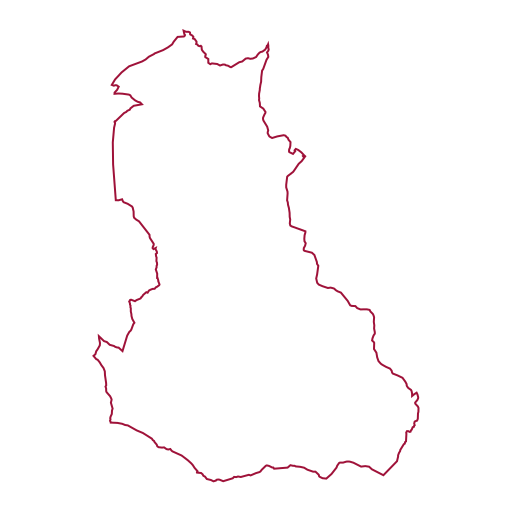 Tomesti, Timis, Romania
{"feature_id": "2599482B57417690654468", "entity_name": "Tomesti", "entity_type": "district", "adm_level": 2, "iso_a3": "ROU", "parent_name": "Romania", "parent_adm1": "Timis", "projection": "mercator", "projection_center": [22.341, 45.744], "detail": "fine", "context": "isolated", "style": "outline", "palette": "rose", "viewbox_px": 512, "rotation_deg": 0, "n_neighbors": 0, "source": "geoboundaries", "source_scale": "gbopen_adm2", "svg_char_len": 6004}
<svg xmlns="http://www.w3.org/2000/svg" viewBox="0 0 512 512"><path d="M397.0,461.2L398.1,456.6L398.1,455.3L399.0,452.9L400.1,451.1L400.3,449.9L403.8,444.2L404.8,443.6L405.0,442.2L406.0,441.4L406.4,433.9L406.2,432.7L406.9,431.2L408.1,431.1L409.6,431.9L410.5,431.7L411.0,430.3L411.7,429.7L412.7,427.2L413.9,426.8L414.1,425.8L414.7,425.2L414.2,423.6L414.6,421.8L415.1,421.3L417.1,420.6L417.8,418.8L418.0,413.3L418.4,411.9L418.5,408.0L417.9,406.5L415.4,403.8L415.2,403.3L415.2,402.5L417.3,400.1L418.1,398.4L418.2,397.2L417.4,394.3L416.6,392.7L414.3,394.2L412.1,396.0L412.1,393.6L411.6,391.1L411.0,389.9L408.3,388.0L407.1,386.4L406.7,385.5L406.6,384.1L405.4,381.8L402.5,377.8L397.5,375.4L392.9,373.6L392.1,372.6L391.6,370.6L390.0,368.6L386.1,366.9L382.2,364.7L380.8,363.7L378.5,361.1L377.2,357.4L376.4,352.7L374.0,349.0L374.2,342.9L373.8,342.1L372.1,340.5L372.5,338.3L373.6,335.4L374.8,333.7L374.8,332.1L374.1,328.6L374.3,325.3L373.8,321.9L374.1,317.3L373.5,315.3L372.8,313.9L370.4,311.5L369.6,309.9L366.7,309.3L360.4,309.4L357.2,308.1L355.4,306.1L351.6,305.9L350.2,305.3L347.7,300.9L340.9,292.6L337.6,291.3L335.7,290.1L334.3,288.7L333.3,288.3L330.6,287.6L327.9,288.0L322.5,286.2L318.8,284.6L317.2,282.8L316.2,278.5L317.1,274.5L318.3,265.8L317.0,263.8L316.9,262.1L314.4,255.0L311.9,252.7L304.7,250.9L303.9,250.4L303.7,249.9L303.8,248.1L305.1,245.7L305.7,243.2L304.5,241.3L304.3,238.8L304.6,235.2L305.4,232.4L305.4,231.3L291.5,226.3L290.3,225.5L289.8,223.4L290.2,219.5L289.7,216.9L289.6,212.9L288.9,208.0L288.0,204.7L287.8,202.4L287.1,200.3L287.6,193.5L287.5,191.6L286.2,187.4L286.2,184.8L287.1,177.3L287.2,176.7L287.8,176.0L293.0,172.0L293.8,171.0L298.7,163.8L301.7,161.1L305.2,156.3L304.5,155.7L304.2,156.0L304.3,156.4L303.4,156.7L302.9,156.0L304.0,155.2L301.4,152.4L298.3,150.0L295.8,148.9L294.6,150.3L295.2,151.2L293.0,153.9L289.3,152.1L289.0,151.2L289.2,149.2L289.7,148.4L290.3,146.0L290.5,142.1L288.5,139.7L287.7,137.7L286.6,137.1L285.5,135.7L283.7,135.2L277.3,136.4L272.1,138.0L269.6,136.6L269.1,136.0L267.7,133.3L267.7,132.2L268.2,130.4L267.2,126.7L263.4,120.5L263.0,118.9L263.1,117.6L264.5,114.4L265.3,113.1L265.5,112.0L263.3,108.6L260.0,106.4L259.8,102.9L259.0,100.0L259.2,98.6L259.0,96.0L259.1,93.6L259.8,89.9L259.8,88.8L260.4,84.8L261.1,81.8L261.3,77.1L262.1,70.6L263.2,69.0L266.5,59.8L268.3,56.9L268.0,54.7L267.0,52.4L268.3,50.8L268.7,49.3L268.3,48.0L268.3,45.5L268.1,44.3L267.7,45.3L266.9,45.7L266.5,47.3L265.2,49.6L262.4,51.6L260.7,52.0L259.5,52.7L257.8,54.5L256.1,57.0L252.9,58.5L250.3,58.8L248.0,58.2L245.7,58.6L242.2,61.5L239.3,62.2L231.2,67.2L230.4,67.1L228.0,65.7L225.7,65.2L224.9,64.6L223.0,64.5L220.0,65.5L217.2,64.0L211.9,63.4L210.3,64.2L208.3,62.8L208.3,59.0L205.3,57.1L205.2,56.1L205.8,54.8L205.7,54.1L203.3,51.8L202.1,50.2L201.8,49.6L201.5,46.5L200.8,45.8L199.8,46.2L198.9,46.0L198.0,45.5L197.5,44.6L196.1,44.0L196.5,42.8L196.5,41.6L194.7,39.1L193.0,38.5L193.4,36.9L192.4,35.6L190.2,34.4L190.0,32.5L188.6,31.8L186.1,31.8L183.6,30.7L184.3,34.0L185.0,35.0L184.7,35.8L183.9,36.5L177.6,36.9L173.7,41.7L172.1,44.4L167.9,47.4L163.1,50.1L154.5,53.5L154.1,54.0L148.9,56.7L145.6,59.5L142.0,61.5L129.1,66.3L121.6,72.4L115.1,79.4L111.8,84.9L113.8,85.7L115.3,85.2L116.7,85.3L118.7,86.7L117.1,89.9L114.6,92.5L114.5,93.8L118.4,93.5L122.4,93.7L128.9,94.6L130.3,95.3L131.6,97.5L135.0,100.3L137.7,101.8L140.1,102.4L141.9,104.3L133.7,105.8L130.4,108.4L129.8,109.7L127.3,110.8L126.3,111.9L124.1,113.0L115.9,120.9L114.9,121.2L114.5,121.9L115.1,122.8L115.0,123.9L114.1,127.6L112.8,142.3L113.1,164.4L115.8,200.2L118.5,200.3L122.1,199.3L122.8,201.1L123.6,202.2L127.7,203.8L132.0,206.5L132.7,207.6L133.6,211.5L133.7,216.2L134.1,217.7L136.2,219.6L139.0,221.3L149.5,234.8L149.6,236.8L150.0,238.1L153.7,243.8L153.7,244.9L152.7,247.2L152.6,248.1L153.5,249.1L155.7,248.0L155.4,249.0L156.8,251.5L157.0,253.0L155.8,254.0L156.1,256.3L156.6,257.6L156.4,261.1L157.0,262.8L157.1,264.8L156.6,265.8L156.6,267.3L155.8,269.4L157.2,273.7L157.1,277.6L157.4,277.5L158.3,280.5L158.2,281.0L159.5,284.4L159.2,285.2L156.7,287.0L156.0,287.2L154.6,288.8L152.6,288.9L150.3,289.8L148.9,290.6L147.6,292.7L146.3,292.2L143.1,295.0L142.2,296.5L141.2,297.3L140.7,298.3L140.0,298.7L136.5,300.1L135.0,301.2L131.0,299.7L130.1,300.0L130.0,300.6L129.2,301.4L130.0,303.6L130.0,304.6L130.5,305.6L130.4,307.2L130.8,308.2L130.8,311.4L131.4,314.2L131.5,316.0L132.3,319.0L134.4,322.8L133.3,324.2L131.3,329.6L130.6,330.7L129.3,331.9L127.2,335.6L122.5,351.1L118.6,347.6L117.2,347.5L115.3,346.9L114.0,346.0L109.7,344.8L106.8,342.0L104.0,341.1L98.9,336.2L99.1,338.6L100.0,343.0L99.8,345.4L97.6,349.3L96.2,351.3L95.4,354.2L93.5,355.9L96.3,359.2L97.6,359.7L99.7,362.3L101.4,365.2L103.5,368.0L104.8,371.3L105.0,375.3L106.1,382.9L106.2,385.4L105.5,386.6L106.1,388.3L106.2,391.2L106.6,392.2L110.1,396.2L111.3,398.6L111.6,399.7L110.9,402.7L112.6,408.6L112.0,410.5L111.8,414.0L110.6,416.6L110.2,418.2L110.5,419.2L110.0,420.8L110.6,421.8L110.7,422.6L117.4,422.9L122.2,423.8L125.1,425.0L127.8,425.4L136.7,430.4L142.9,433.0L151.9,438.7L152.8,440.1L154.1,441.0L154.5,442.0L156.7,444.6L157.3,446.3L158.6,447.2L162.0,447.6L164.1,447.4L166.5,449.1L168.3,449.5L170.3,449.0L171.6,450.7L172.5,451.4L181.6,455.5L187.9,460.3L191.3,463.4L192.8,465.1L194.6,467.9L197.5,471.2L196.9,472.2L197.0,472.6L201.1,473.0L202.6,474.3L203.4,475.8L205.0,476.6L206.8,479.0L210.9,480.0L213.5,481.3L215.9,480.6L216.5,479.8L218.2,479.5L219.6,479.7L223.2,481.2L232.7,478.3L234.1,476.9L236.3,477.1L238.0,476.5L240.8,477.0L248.9,474.8L250.6,475.4L256.0,473.1L259.4,472.1L260.4,471.5L261.7,469.8L265.8,465.8L266.8,465.4L269.0,465.9L272.2,467.5L273.3,467.5L274.1,468.7L287.6,467.6L290.4,465.2L293.0,465.8L294.6,465.8L295.7,466.4L300.1,466.8L304.1,467.7L307.4,469.7L313.2,471.7L315.5,471.7L318.7,474.7L319.2,476.4L319.7,476.8L322.5,478.2L326.3,478.6L331.5,474.0L336.5,467.6L337.2,465.7L339.1,463.0L339.9,462.6L343.1,462.6L346.4,461.6L348.1,461.5L349.7,461.6L353.4,462.7L361.1,466.6L365.3,466.1L369.1,466.7L371.9,469.3L383.4,475.2L397.0,461.2Z" fill="none" stroke="#9f1239" stroke-width="2"/></svg>